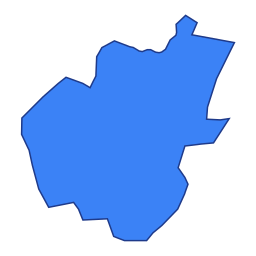 the district of Lubumbashi, Katanga, Democratic Republic of the Congo
{"feature_id": "63176286B7033307846906", "entity_name": "Lubumbashi", "entity_type": "district", "adm_level": 2, "iso_a3": "COD", "parent_name": "Democratic Republic of the Congo", "parent_adm1": "Katanga", "projection": "albers", "projection_center": [27.484, -11.656], "detail": "fine", "context": "isolated", "style": "filled", "palette": "blue", "viewbox_px": 256, "rotation_deg": 0, "n_neighbors": 0, "source": "geoboundaries", "source_scale": "gbopen_adm2", "svg_char_len": 973}
<svg xmlns="http://www.w3.org/2000/svg" viewBox="0 0 256 256"><path d="M170.2,39.9L165.5,49.3L161.6,52.1L159.1,52.7L155.7,52.2L154.0,51.4L150.7,49.7L149.0,49.7L147.2,49.7L144.3,50.8L142.3,51.6L140.7,51.3L139.1,51.0L133.3,47.5L130.9,47.0L129.6,46.7L114.4,40.9L101.9,47.6L99.1,52.6L96.7,56.7L95.9,76.1L93.2,81.3L90.1,87.7L82.8,83.4L66.0,77.3L58.3,83.4L43.1,96.8L21.9,118.0L21.6,134.4L27.6,147.1L29.1,150.2L32.4,165.4L38.7,188.8L38.8,189.1L48.7,207.3L56.4,205.8L73.6,202.4L78.5,209.1L82.9,220.0L107.4,218.8L113.7,236.4L118.2,238.2L124.5,240.6L146.6,240.6L153.0,232.8L161.8,225.5L162.5,224.8L177.7,209.1L180.1,203.8L184.6,193.9L185.2,192.0L188.0,184.2L187.8,183.8L184.9,177.5L178.4,168.1L178.1,167.8L184.9,146.0L197.6,144.5L200.4,144.1L213.5,142.9L229.2,118.6L220.3,119.9L206.6,119.2L207.5,107.1L214.8,84.2L216.6,78.6L234.4,42.6L191.9,34.8L197.1,22.7L185.6,15.4L177.7,22.9L176.1,24.3L176.6,32.5L175.9,35.3L170.2,39.9Z" fill="#3b82f6" stroke="#1e3a8a" stroke-width="1.5"/></svg>